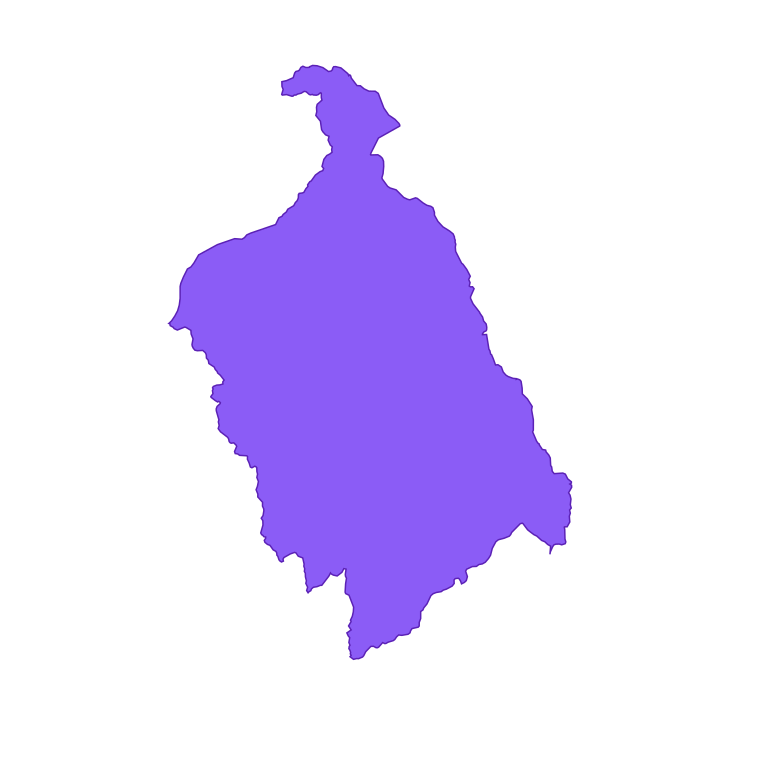 outline of Kuantan Singingi, Riau, Indonesia, rotated 209°
{"feature_id": "22746128B8182037452639", "entity_name": "Kuantan Singingi", "entity_type": "district", "adm_level": 2, "iso_a3": "IDN", "parent_name": "Indonesia", "parent_adm1": "Riau", "projection": "albers", "projection_center": [101.542, -0.494], "detail": "fine", "context": "isolated", "style": "filled", "palette": "violet", "viewbox_px": 768, "rotation_deg": 209, "n_neighbors": 0, "source": "geoboundaries", "source_scale": "gbopen_adm2", "svg_char_len": 6171}
<svg xmlns="http://www.w3.org/2000/svg" viewBox="0 0 768 768"><g transform="rotate(209 384 384)"><path d="M566.0,637.9L574.9,639.6L580.0,638.2L581.8,637.2L582.0,635.3L581.5,634.0L582.0,632.1L584.0,630.4L590.8,631.1L596.8,629.9L600.9,628.0L602.9,625.4L602.7,624.9L604.1,623.9L605.9,622.9L609.0,622.6L610.2,620.6L610.2,617.7L610.7,616.4L612.6,614.6L612.9,612.7L611.9,607.9L616.3,602.1L619.9,598.9L617.5,594.8L615.0,592.7L614.0,588.2L613.8,587.6L613.0,587.4L609.5,589.9L604.2,591.0L603.2,591.6L602.6,593.2L601.1,594.0L600.2,595.6L597.4,598.2L595.7,601.2L593.8,601.9L589.8,601.0L588.6,601.2L586.9,602.6L586.0,602.5L583.2,603.8L581.9,605.1L580.8,607.9L579.8,607.9L577.7,604.1L575.9,602.2L578.0,596.2L577.2,593.3L574.8,589.5L573.8,585.8L567.0,583.0L561.9,576.2L559.6,574.9L555.9,573.6L552.2,574.0L551.1,570.2L546.9,567.0L544.3,566.4L543.4,563.6L541.8,561.5L542.9,558.9L544.8,556.1L545.5,551.4L543.7,544.2L541.3,543.3L541.0,540.9L542.9,538.7L545.3,533.5L546.1,526.4L547.0,524.9L547.4,521.2L546.3,519.9L547.0,517.0L547.0,512.8L548.0,511.5L550.6,509.6L550.7,508.2L549.2,505.3L548.9,503.5L548.9,501.8L549.5,499.8L549.4,496.2L552.9,490.2L552.8,487.2L554.4,483.4L554.5,481.2L556.5,478.5L556.1,470.9L573.8,451.3L576.3,447.9L577.0,444.4L578.4,441.8L585.1,438.7L597.3,425.1L608.7,407.1L608.9,397.8L609.6,392.8L611.7,389.3L611.3,380.4L610.5,373.5L609.6,370.5L603.8,360.0L601.3,353.7L600.0,348.0L599.9,342.0L600.4,336.3L601.5,332.7L600.6,333.0L599.3,331.4L595.8,331.4L594.4,330.7L590.9,331.0L585.9,337.2L584.7,337.5L578.9,337.3L576.9,334.2L572.9,330.9L571.1,325.5L570.1,324.2L568.1,322.8L565.8,321.9L563.4,322.6L558.8,325.5L555.5,324.8L553.6,323.4L551.9,320.6L549.2,319.6L547.1,317.0L540.7,316.5L538.6,314.9L535.9,314.0L534.9,313.0L531.4,312.3L525.8,309.9L526.0,307.7L524.9,305.9L527.2,303.6L529.7,302.0L532.1,299.1L532.1,297.5L531.0,296.8L530.9,295.1L528.9,292.6L529.4,289.1L528.8,288.5L523.5,287.7L520.8,287.6L520.1,288.7L518.1,288.4L517.8,287.5L519.1,283.5L518.7,280.9L517.7,279.3L511.1,272.7L510.5,270.5L508.1,267.9L507.4,264.6L503.8,262.9L495.0,261.6L493.5,260.8L491.5,258.6L490.3,258.1L489.0,258.1L486.9,259.7L483.6,258.8L482.6,258.0L482.0,252.5L480.4,251.0L478.1,251.9L475.7,251.6L469.2,254.7L468.2,254.4L467.0,252.0L463.6,249.5L460.6,246.6L458.9,246.7L457.2,249.4L456.1,249.6L454.7,249.1L452.7,245.8L450.9,243.9L449.9,240.6L446.6,237.9L445.1,233.1L444.6,229.5L441.0,226.6L439.6,224.0L432.9,221.7L431.1,218.3L428.7,216.5L427.7,215.0L426.0,210.3L426.3,207.1L423.7,205.7L421.5,202.0L419.6,194.0L418.0,192.9L416.7,192.9L415.0,192.2L413.3,192.8L412.7,191.6L412.9,189.2L411.4,187.8L408.2,187.2L405.5,187.6L400.5,185.2L397.5,185.2L396.1,184.4L394.6,182.3L393.4,181.9L390.7,179.4L389.5,178.8L387.4,178.6L386.1,180.3L387.4,181.9L387.4,183.7L383.6,189.9L380.6,193.3L379.1,193.6L375.5,191.8L370.8,192.5L366.6,187.8L365.8,185.8L363.8,184.0L362.8,181.5L361.1,180.4L359.2,177.2L356.5,174.3L355.7,171.7L352.3,169.3L351.5,165.8L349.2,164.6L349.0,165.7L347.8,167.8L348.1,169.6L347.2,172.0L344.3,174.3L342.1,177.0L340.8,177.8L339.1,189.2L339.2,192.8L338.2,192.3L335.7,192.3L331.9,193.4L329.5,198.9L329.6,203.1L327.4,203.7L325.6,198.8L324.5,197.2L322.7,196.0L320.7,190.6L317.1,183.1L315.9,182.1L312.2,182.3L302.4,174.1L300.4,169.9L299.1,165.5L298.8,161.1L297.8,160.6L297.6,159.9L297.7,155.2L293.5,153.0L295.8,148.3L293.1,146.3L291.0,145.5L289.4,140.9L287.1,139.0L287.2,137.6L286.4,135.5L284.6,134.5L283.1,133.1L282.6,131.6L281.2,130.8L281.5,129.0L277.2,128.4L274.8,130.6L273.1,131.4L270.4,134.8L270.0,136.6L270.2,141.0L268.3,148.1L266.0,149.5L263.1,149.5L261.8,150.2L261.1,151.3L259.8,157.2L257.6,157.3L256.6,157.9L255.2,160.2L251.5,164.0L250.7,165.7L250.4,169.0L249.5,171.6L246.6,172.8L241.6,176.8L240.6,179.0L241.1,181.0L240.9,183.7L236.2,187.9L235.9,189.4L237.6,192.6L238.2,196.6L241.6,202.8L240.4,205.3L240.7,207.4L239.8,212.4L240.4,221.7L239.3,224.5L237.2,227.0L233.3,230.1L232.2,232.5L230.0,234.8L226.4,240.3L225.9,243.5L227.7,246.5L227.4,248.3L224.9,250.1L224.0,250.1L221.7,248.9L219.3,246.8L217.5,249.4L216.7,251.9L217.7,256.0L221.9,259.9L221.9,262.1L218.3,267.1L214.7,269.3L213.5,272.1L210.8,274.3L209.0,277.2L208.0,282.0L207.8,285.9L209.6,292.7L209.7,300.3L208.4,303.3L204.2,307.3L200.6,311.7L200.2,313.8L200.4,316.0L197.1,327.9L195.6,329.3L194.8,329.3L187.7,326.1L184.7,325.6L179.8,324.9L176.7,325.1L170.3,323.6L166.9,324.0L163.0,323.0L159.7,323.0L156.3,315.5L157.1,317.8L157.6,323.5L157.4,325.7L156.1,327.2L153.1,329.0L150.6,329.5L148.1,332.2L148.4,334.0L150.6,336.2L155.4,344.4L157.1,346.4L157.5,346.2L154.6,347.9L154.6,353.4L157.8,358.2L158.4,361.3L160.6,363.8L160.1,366.3L162.5,368.7L164.7,374.0L167.4,377.0L169.8,378.3L169.8,384.7L170.9,386.4L173.0,386.6L172.1,388.2L172.7,389.3L177.3,390.1L181.7,393.1L184.4,392.8L191.7,388.1L194.5,389.2L197.2,392.8L198.7,393.5L202.7,399.9L205.5,401.8L209.3,403.2L210.6,404.6L213.8,403.5L218.7,406.1L219.1,406.8L220.3,406.8L222.7,407.9L230.8,414.2L231.0,416.0L236.0,425.1L242.4,433.0L243.5,436.2L251.4,440.5L258.2,442.4L261.2,447.4L265.4,452.8L267.2,453.5L269.8,453.1L270.6,452.2L270.9,452.8L273.9,451.5L279.2,450.7L281.8,450.9L285.6,452.3L289.6,455.8L293.7,456.1L295.7,454.7L300.7,459.1L304.2,461.8L305.2,461.8L307.5,464.4L309.1,465.3L318.3,477.0L321.8,474.9L322.2,475.8L321.8,478.2L320.5,479.9L320.5,481.1L321.6,483.4L323.7,486.0L327.4,487.4L330.3,490.4L334.8,492.6L335.0,493.0L345.0,497.3L349.8,500.8L350.6,502.2L351.4,511.0L353.7,512.0L355.4,510.9L356.9,511.0L357.9,514.4L360.6,516.5L360.8,520.1L367.1,524.3L372.9,527.0L374.7,527.3L385.6,534.7L388.0,538.3L389.0,541.1L390.6,542.5L391.5,544.4L393.1,545.7L393.7,546.8L396.3,548.8L400.8,549.6L408.6,550.0L415.6,552.3L421.7,556.1L423.1,558.6L426.7,561.9L429.2,562.1L433.2,561.1L437.6,561.3L444.9,562.5L446.7,562.1L450.7,557.6L452.9,557.0L457.2,556.7L467.5,559.7L473.7,558.4L476.6,558.6L484.8,562.4L485.8,563.3L486.8,567.5L489.7,574.1L492.4,578.6L494.8,580.6L497.5,581.4L500.5,581.5L506.6,577.9L507.0,578.1L507.4,579.8L508.1,596.4L495.3,617.2L495.7,618.1L497.2,619.1L502.7,620.8L510.3,621.5L517.9,625.3L529.9,635.4L533.6,635.8L539.2,632.8L544.5,632.5L549.2,633.4L552.3,631.9L560.9,635.7L562.6,637.4L563.8,637.8L564.3,636.5L566.0,637.9Z" fill="#8b5cf6" stroke="#5b21b6" stroke-width="1.5"/></g></svg>